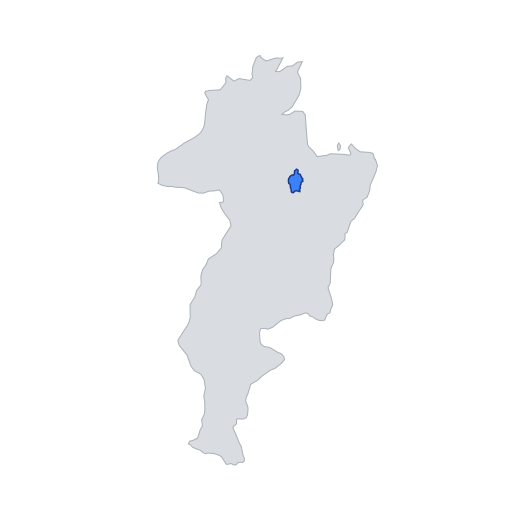 location of Kaechon City, P'yŏngan-namdo, North Korea, rotated 150°
{"feature_id": "82179303B11143169061479", "entity_name": "Kaechon City", "entity_type": "district", "adm_level": 2, "iso_a3": "PRK", "parent_name": "North Korea", "parent_adm1": "P'yŏngan-namdo", "projection": "albers", "projection_center": [125.98, 39.701], "detail": "fine", "context": "in_parent", "style": "filled", "palette": "blue", "viewbox_px": 512, "rotation_deg": 150, "n_neighbors": 0, "source": "geoboundaries", "source_scale": "gbopen_adm2", "svg_char_len": 4433}
<svg xmlns="http://www.w3.org/2000/svg" viewBox="0 0 512 512"><g transform="rotate(150 256 256)"><path d="M304.6,368.2L302.9,369.3L300.0,374.8L297.4,381.7L294.7,385.5L291.6,387.7L288.2,388.9L281.5,389.6L275.4,389.3L273.4,388.6L265.0,389.2L262.6,389.7L250.5,389.4L244.2,390.0L240.3,391.4L236.2,394.2L232.7,398.5L229.7,403.0L223.4,411.2L219.0,415.2L219.0,421.0L218.9,422.7L217.4,424.0L216.8,423.4L214.3,423.0L203.9,417.8L195.4,421.1L193.3,425.2L191.0,426.6L187.6,418.4L182.1,418.2L173.3,411.0L169.6,412.4L168.6,415.3L163.8,421.9L157.0,427.3L154.8,428.0L152.3,427.6L152.7,426.1L150.0,420.0L139.4,417.4L135.6,414.8L133.6,414.2L144.1,407.4L146.8,406.2L144.8,404.6L142.6,403.8L134.1,404.7L129.6,402.4L123.1,403.1L118.7,401.2L128.1,394.6L128.5,390.7L128.5,387.7L133.3,378.8L138.1,373.9L150.3,367.0L155.6,366.1L159.5,366.4L162.6,365.8L159.4,363.1L156.1,361.8L149.8,362.0L143.3,357.9L142.8,353.7L155.6,326.9L155.8,324.5L153.9,317.9L153.3,311.5L144.3,307.8L140.4,307.3L128.9,300.0L124.4,296.3L122.5,297.4L122.1,303.1L120.5,304.4L117.4,305.4L116.0,298.9L113.6,294.1L106.1,289.1L103.4,286.4L104.8,280.7L104.2,280.2L105.5,273.7L110.2,268.8L121.8,260.1L124.7,256.0L130.6,251.2L133.2,251.3L135.8,250.9L136.7,248.8L137.3,247.1L139.6,245.6L145.2,243.0L151.5,239.5L156.5,238.5L162.7,233.2L165.2,230.9L167.7,230.9L168.4,229.8L169.8,227.1L171.8,225.3L174.5,224.9L178.9,223.6L184.5,222.8L188.3,218.4L189.6,215.2L192.1,211.6L197.3,207.8L201.0,202.1L205.0,195.9L206.9,194.0L208.8,193.5L209.9,191.2L211.1,184.7L212.9,178.3L214.0,175.3L218.6,172.0L219.8,170.4L220.8,169.8L222.9,170.2L225.8,168.3L228.5,166.1L230.9,166.9L233.5,168.6L236.1,172.1L237.3,174.9L239.4,177.2L239.9,180.6L242.0,182.1L246.4,182.7L253.6,185.0L258.3,185.0L261.0,186.7L266.6,187.6L277.7,186.0L282.3,186.7L284.3,188.7L287.2,190.4L289.0,190.4L291.4,187.5L293.9,182.7L295.6,179.0L295.4,176.1L293.8,173.1L290.1,170.3L287.6,165.9L285.2,161.3L283.8,159.9L282.6,157.7L282.3,154.3L283.1,151.9L288.5,150.2L295.6,149.2L301.3,150.0L310.9,149.0L316.7,147.6L321.1,147.6L325.1,147.5L326.8,145.5L332.2,140.5L334.8,138.8L337.7,135.4L338.0,132.1L338.5,129.3L340.1,126.4L342.8,122.7L345.3,120.9L348.0,121.0L351.0,122.6L352.9,124.2L355.0,123.6L356.6,120.7L357.7,120.1L361.0,119.7L362.0,118.0L362.9,109.6L363.9,103.0L364.0,98.5L366.6,90.8L367.4,86.2L369.0,84.0L371.1,84.0L372.8,85.3L375.0,86.0L377.8,85.1L379.8,86.2L381.2,88.6L385.5,90.1L386.0,91.3L386.2,99.5L388.7,103.2L392.0,106.6L396.4,109.5L398.7,110.1L400.2,112.3L401.7,116.1L404.9,119.8L406.7,122.5L407.1,125.3L408.6,126.9L406.3,128.8L403.0,127.9L397.6,127.5L391.1,133.5L387.4,135.6L385.0,141.3L379.8,144.9L377.1,148.5L373.6,154.7L371.3,160.7L365.8,167.0L362.8,174.7L362.8,181.1L366.8,187.6L367.4,193.2L365.3,204.9L367.2,217.2L365.8,222.1L348.2,231.2L343.7,235.6L337.5,246.8L329.5,251.1L324.7,255.8L317.8,258.6L313.6,266.5L308.8,271.0L303.0,273.8L298.8,277.3L289.0,277.8L282.1,280.3L277.4,286.9L262.7,294.5L260.8,300.1L261.9,308.6L262.1,315.2L260.9,320.6L257.6,319.1L255.9,320.9L254.1,326.0L254.7,331.6L259.9,333.4L264.1,335.6L270.0,336.7L274.4,339.3L284.0,351.0L291.7,356.1L293.7,358.0L298.1,360.6L302.3,364.6L304.6,368.2ZM130.6,310.7L127.8,312.5L127.7,309.2L129.9,306.4L132.1,306.1L130.6,310.7Z" fill="#d9dde1" stroke="#a8b0b8" stroke-width="1"/><path d="M177.5,310.9L178.0,310.8L178.6,310.6L179.3,310.5L179.8,310.5L180.4,309.9L180.9,309.3L181.1,308.7L181.6,308.0L182.0,307.7L182.7,307.5L183.2,307.2L183.5,307.5L183.8,307.7L184.1,308.1L184.3,308.1L184.6,308.1L185.4,308.1L186.1,307.9L186.7,307.9L187.4,307.5L188.0,307.2L188.5,306.8L189.2,306.5L189.7,305.8L190.2,305.1L190.8,303.9L191.1,302.9L191.3,302.4L191.1,302.2L190.8,301.5L190.8,300.8L191.0,300.1L191.2,299.4L191.8,298.5L192.1,297.8L192.0,297.1L192.2,296.3L192.6,295.4L193.1,294.5L193.3,293.3L192.5,292.6L191.9,292.1L191.1,292.4L190.4,292.7L190.0,292.7L189.6,292.8L189.2,292.7L188.6,292.4L187.9,291.9L187.6,291.7L186.8,290.7L186.2,290.1L185.8,289.9L185.6,290.3L185.2,291.0L185.1,291.8L185.0,292.1L184.7,292.3L184.3,292.3L183.9,292.4L183.6,292.7L183.2,293.4L183.0,294.5L182.3,295.0L182.1,295.1L181.5,295.3L181.2,295.6L180.6,296.6L180.3,296.9L180.0,297.2L179.7,297.3L178.9,297.4L178.6,297.3L178.2,297.2L177.9,297.5L177.8,297.9L177.8,298.7L177.7,299.0L177.4,299.2L177.0,299.3L177.1,299.5L177.1,300.2L177.3,300.9L177.1,301.8L177.1,303.2L176.9,304.6L177.4,305.3L178.2,305.8L178.5,306.8L177.3,308.2L176.7,309.2L177.0,310.1L177.5,310.9Z" fill="#3b82f6" stroke="#1e3a8a" stroke-width="1.5"/></g></svg>